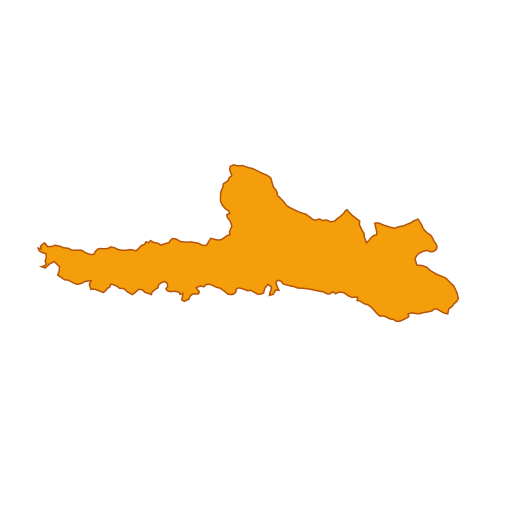 Cezarina, Goiás, Brazil (Equal Earth projection), rotated 114°
{"feature_id": "56859067B44555357251556", "entity_name": "Cezarina", "entity_type": "district", "adm_level": 2, "iso_a3": "BRA", "parent_name": "Brazil", "parent_adm1": "Goiás", "projection": "equal_earth", "projection_center": [-49.742, -17.105], "detail": "fine", "context": "isolated", "style": "filled", "palette": "amber", "viewbox_px": 512, "rotation_deg": 114, "n_neighbors": 0, "source": "geoboundaries", "source_scale": "gbopen_adm2", "svg_char_len": 4165}
<svg xmlns="http://www.w3.org/2000/svg" viewBox="0 0 512 512"><g transform="rotate(114 256 256)"><path d="M254.1,95.4L251.4,93.2L249.3,91.8L247.1,93.5L244.6,90.6L243.1,85.0L241.8,82.6L239.7,80.2L237.0,76.0L234.5,72.8L232.2,71.9L230.9,69.5L231.6,61.0L230.9,57.3L225.9,58.4L223.0,56.6L220.7,56.0L218.6,55.4L215.4,54.0L212.7,53.8L210.3,55.5L207.8,57.5L206.0,59.5L202.9,63.3L201.5,67.2L199.0,73.7L199.0,78.0L199.2,83.4L198.5,90.4L196.8,95.5L197.2,100.4L198.9,105.5L196.3,107.5L193.8,109.8L189.4,109.1L187.3,108.2L183.9,105.3L181.3,102.0L181.2,98.4L179.5,95.4L176.6,93.9L173.8,94.4L171.6,96.6L170.2,99.3L167.6,102.1L165.9,105.0L165.5,108.0L164.4,111.5L162.7,114.7L160.2,117.3L156.4,123.0L160.0,126.4L162.1,127.5L164.0,129.4L165.9,131.2L168.5,133.5L170.7,136.8L174.3,140.9L175.1,145.3L175.8,151.0L176.0,157.6L177.6,160.8L180.5,158.9L182.5,157.3L185.4,155.1L187.8,154.6L189.3,156.8L192.4,158.3L196.4,159.4L199.2,160.5L196.3,163.0L194.1,165.3L191.6,166.2L189.4,169.6L187.0,172.4L185.1,174.5L181.9,175.4L181.1,179.1L179.7,184.8L178.4,188.1L176.7,191.8L179.0,192.9L181.2,193.2L186.1,195.3L189.4,197.3L192.4,198.5L194.3,201.6L194.5,206.6L196.5,209.4L196.4,213.2L198.8,215.6L199.6,218.3L198.6,222.3L197.5,227.4L198.0,231.2L198.3,234.5L198.2,239.3L198.1,244.2L197.5,248.6L196.0,251.2L194.6,254.0L193.2,257.4L191.9,261.2L189.8,262.2L187.9,264.3L185.7,268.5L182.2,271.3L178.7,274.3L177.8,278.1L177.9,284.9L177.6,290.6L177.5,294.8L178.5,299.8L178.9,305.2L181.1,309.3L181.8,313.4L184.6,316.0L188.0,315.1L192.6,310.7L195.4,312.3L198.6,312.2L201.2,313.8L203.3,315.2L206.2,314.3L211.9,314.2L214.5,313.3L216.6,312.4L220.6,310.6L223.6,306.9L225.3,303.1L226.0,299.2L227.8,297.3L230.2,299.5L232.5,297.8L234.3,294.2L236.5,292.0L238.5,290.2L241.8,290.2L244.8,290.0L247.1,288.4L248.8,290.4L251.2,291.9L254.5,293.8L256.7,296.6L257.5,300.0L258.3,304.6L262.1,305.1L266.6,305.7L267.9,309.0L267.8,314.0L269.7,321.6L271.3,324.0L272.4,327.4L273.5,330.9L273.0,335.9L274.0,339.5L276.5,340.5L279.2,340.9L282.2,344.7L284.7,347.2L284.2,350.8L285.3,355.1L284.8,358.6L287.5,359.5L287.9,362.4L290.8,362.5L293.0,365.0L296.4,366.1L300.3,367.8L300.5,370.8L301.7,374.3L304.0,377.6L305.4,381.4L306.2,384.6L306.0,388.1L306.6,392.2L309.4,394.4L311.4,398.2L312.5,401.4L314.1,403.4L317.6,404.7L320.2,404.5L321.9,407.5L322.4,411.9L321.7,417.9L323.6,422.2L325.6,426.4L325.3,430.5L326.8,435.5L326.8,439.0L328.0,444.2L330.2,446.1L332.2,450.2L330.0,454.4L331.9,455.7L334.8,456.8L336.8,455.2L337.4,458.2L339.3,456.3L339.9,452.5L339.2,448.9L342.9,446.9L346.4,446.5L348.3,444.6L350.9,445.1L353.0,447.7L352.7,443.6L347.7,441.6L343.1,438.1L345.8,431.1L349.7,429.7L354.1,429.4L354.7,425.6L355.6,421.1L354.4,417.6L354.6,414.4L354.9,411.0L354.5,407.4L351.8,404.1L348.9,402.0L347.2,399.2L345.6,396.5L349.7,396.8L351.8,394.9L353.7,393.3L352.0,390.4L351.6,385.3L351.5,380.6L348.6,379.2L346.0,378.6L344.0,377.0L340.8,377.3L340.2,374.4L340.2,370.2L341.0,367.5L339.5,363.5L341.1,358.7L341.6,353.3L339.1,351.8L336.2,350.5L334.0,349.4L333.1,345.8L334.4,342.9L334.0,339.7L333.8,335.9L331.3,336.3L327.5,334.5L325.0,332.7L321.6,333.3L318.3,331.1L316.3,328.9L317.3,325.6L320.2,324.2L322.4,325.0L323.9,323.0L323.5,320.0L321.3,315.9L320.3,311.8L321.9,309.8L319.9,307.7L323.7,306.5L326.2,306.1L326.7,303.2L322.7,299.7L319.5,300.0L316.6,298.4L314.0,293.2L311.8,293.1L309.4,297.8L306.1,294.7L305.3,291.0L302.4,290.1L300.5,286.4L300.6,279.5L300.0,275.5L300.9,271.1L302.3,265.8L301.0,262.2L299.1,260.4L297.0,259.8L294.3,260.6L292.2,259.0L291.3,254.3L291.1,249.3L289.5,246.9L289.9,242.3L290.2,238.7L288.7,235.9L286.7,234.1L281.9,234.8L277.1,233.7L277.9,229.4L280.8,228.5L283.2,228.5L286.5,227.7L284.0,224.7L281.2,224.5L279.0,224.1L278.0,221.1L275.1,224.4L272.0,227.1L269.3,226.3L268.8,223.0L270.5,219.7L269.4,212.3L268.5,208.8L268.3,204.8L266.4,200.1L264.8,194.8L264.1,192.1L262.9,186.1L261.4,179.8L261.6,175.1L260.3,172.9L257.6,171.6L258.0,167.8L255.1,165.4L253.8,161.1L254.8,155.4L254.8,151.3L253.2,148.9L252.4,146.2L255.5,145.6L254.8,142.5L255.6,137.9L255.1,133.6L255.9,129.9L257.1,127.0L259.1,122.7L260.5,118.5L258.7,114.4L259.0,108.2L258.0,104.5L258.7,101.5L257.0,98.0L254.1,95.4Z" fill="#f59e0b" stroke="#b45309" stroke-width="1.5"/></g></svg>